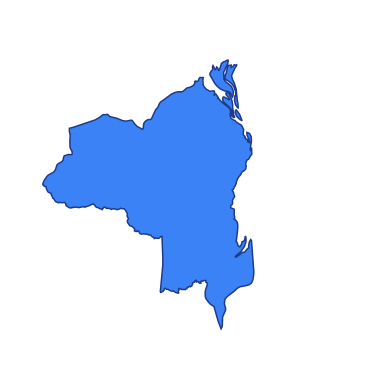 outline of Baribour, Kâmpóng Chhnang, Cambodia, rotated 52°
{"feature_id": "14789045B88819802206613", "entity_name": "Baribour", "entity_type": "district", "adm_level": 2, "iso_a3": "KHM", "parent_name": "Cambodia", "parent_adm1": "Kâmpóng Chhnang", "projection": "mercator", "projection_center": [104.462, 12.421], "detail": "fine", "context": "isolated", "style": "filled", "palette": "blue", "viewbox_px": 384, "rotation_deg": 52, "n_neighbors": 0, "source": "geoboundaries", "source_scale": "gbopen_adm2", "svg_char_len": 6070}
<svg xmlns="http://www.w3.org/2000/svg" viewBox="0 0 384 384"><g transform="rotate(52 192 192)"><path d="M265.6,175.0L266.6,177.5L267.2,178.2L269.4,180.7L270.7,181.4L271.0,181.8L270.8,182.7L271.7,187.5L271.6,188.1L270.8,189.0L270.7,189.6L270.6,197.1L270.2,197.7L269.5,197.5L269.2,196.2L269.1,190.3L267.3,184.5L265.0,180.8L263.3,179.1L261.4,177.7L260.1,177.2L260.0,177.9L260.9,178.5L262.3,180.3L262.6,181.2L262.1,183.2L263.9,185.6L264.6,188.2L262.6,188.7L259.2,187.5L258.1,187.5L251.1,180.5L247.1,176.9L244.7,175.4L243.0,174.9L241.4,174.9L239.0,175.4L239.2,174.8L237.7,173.5L236.2,173.0L232.2,169.7L231.4,169.4L228.8,170.9L228.2,171.2L227.7,170.9L226.5,169.4L226.6,167.9L226.0,167.1L223.3,165.0L221.8,161.1L218.7,160.1L217.6,159.4L215.9,159.4L215.1,159.1L215.3,157.7L212.6,152.0L211.0,150.3L209.5,147.7L209.0,146.3L208.2,142.6L207.0,140.7L207.3,137.5L207.0,135.7L206.6,135.0L204.6,133.1L203.2,132.6L201.8,131.1L200.6,128.9L201.0,127.4L200.8,126.5L199.8,124.3L199.0,121.6L194.2,118.1L194.0,118.5L194.6,119.3L196.0,120.2L194.9,120.3L193.7,119.4L188.4,113.7L184.6,111.2L181.6,110.7L180.2,111.1L178.8,112.1L180.8,113.5L186.0,115.0L188.6,116.1L187.9,116.6L186.7,117.1L184.9,116.1L182.9,116.8L181.6,116.9L181.6,116.3L180.5,116.1L178.5,116.3L176.8,115.1L175.4,113.5L174.3,112.8L170.9,112.0L169.7,112.0L164.3,114.0L162.3,114.1L160.8,115.0L158.2,115.8L157.3,115.7L155.1,114.7L154.1,114.0L152.4,112.1L151.4,111.4L148.1,111.0L140.2,113.1L135.1,113.5L133.9,113.9L134.0,113.3L133.3,113.1L129.4,112.9L129.3,114.7L127.4,112.8L126.2,112.4L125.5,112.8L123.7,115.8L120.5,117.2L118.9,117.6L116.0,117.6L115.0,117.5L110.5,114.6L108.8,112.7L106.7,115.2L107.0,116.7L108.2,118.5L108.2,119.7L106.6,121.1L106.6,121.8L107.5,122.1L108.4,123.6L108.9,125.7L108.3,128.7L106.9,132.0L107.1,137.2L106.7,138.5L104.6,141.0L103.1,144.0L102.2,148.0L101.9,159.1L101.7,161.2L102.3,163.4L104.3,166.9L104.8,170.1L109.3,178.8L109.4,179.5L109.2,180.2L107.9,182.1L107.5,184.3L107.8,186.7L108.8,188.4L111.8,191.3L112.1,192.4L106.5,194.9L103.2,195.2L99.0,195.1L98.0,195.6L95.6,200.3L93.1,202.7L87.4,206.0L82.8,209.7L81.7,210.3L79.0,210.7L78.5,211.1L77.8,212.7L76.6,214.0L76.3,214.7L76.3,218.6L75.6,223.9L67.7,246.3L66.3,249.4L68.7,251.3L72.4,253.1L76.4,256.7L81.4,260.4L82.7,260.9L86.6,261.7L88.5,263.3L88.5,263.8L87.7,264.9L86.5,266.0L84.8,270.4L86.1,272.5L87.5,273.9L87.8,274.9L87.9,276.2L87.3,280.0L87.6,281.9L89.9,285.2L90.8,287.1L91.1,289.0L90.2,295.1L90.4,296.7L91.8,301.2L93.4,304.1L94.4,305.0L95.2,305.0L96.9,304.7L97.8,303.7L99.7,304.7L102.9,305.5L104.9,304.8L106.2,303.8L107.7,304.7L109.3,304.8L110.9,305.5L111.5,305.1L115.5,305.4L118.4,303.8L118.8,303.1L118.9,302.3L120.3,301.3L121.8,298.8L123.9,298.7L124.5,299.4L125.7,299.5L129.2,298.2L130.3,296.7L130.4,295.6L130.9,295.5L132.2,293.0L134.7,290.7L136.0,287.9L137.5,285.7L138.0,285.7L139.5,281.4L140.3,277.3L141.3,277.2L141.8,276.8L142.8,276.7L144.0,277.0L145.6,276.5L146.6,275.5L148.2,275.1L149.4,274.0L150.6,273.6L149.7,270.8L150.6,269.7L152.1,269.6L152.5,269.3L154.1,267.1L156.0,266.4L156.1,265.3L156.4,264.8L157.3,264.0L158.0,263.0L159.7,262.1L160.9,259.1L160.8,258.5L161.0,258.0L161.6,257.8L162.3,257.2L163.5,255.7L164.6,255.6L169.1,256.2L171.4,258.2L173.2,258.2L173.7,258.4L174.7,260.5L175.7,261.3L176.8,261.6L180.2,261.8L182.4,260.3L185.5,259.9L186.7,260.7L187.1,261.3L188.8,260.4L189.0,260.0L188.7,259.7L188.6,259.1L189.6,258.9L190.3,257.9L191.6,258.6L193.0,258.5L194.1,257.8L194.9,256.2L197.0,254.1L198.0,253.1L199.4,252.5L199.7,251.7L200.7,251.0L202.0,251.1L204.7,250.2L205.5,250.4L205.7,250.1L205.6,249.1L207.0,248.1L208.1,246.5L207.9,243.9L208.5,243.0L225.9,255.5L231.4,259.8L251.0,278.3L251.8,278.5L252.5,276.4L252.0,274.4L251.1,272.9L251.4,272.4L252.9,272.0L254.0,270.8L256.0,270.1L257.8,268.9L258.7,267.5L261.0,266.8L263.3,265.1L263.4,264.7L261.8,263.9L261.3,262.6L260.1,262.2L260.1,261.3L262.3,260.3L263.5,258.9L263.8,258.2L264.7,257.6L264.6,256.6L265.1,255.6L264.5,255.0L264.3,254.3L264.7,253.8L264.9,252.0L265.7,251.6L265.9,250.0L265.0,248.3L264.1,247.7L264.2,246.6L264.6,245.5L264.0,245.0L263.9,244.4L264.4,244.0L263.9,243.3L264.9,243.1L265.7,243.8L266.2,242.7L267.1,242.0L268.0,242.4L268.6,242.1L269.3,241.0L268.1,240.2L267.9,239.5L268.9,238.5L269.1,236.9L270.3,235.7L271.7,236.6L273.0,236.1L274.3,236.8L277.5,241.6L279.4,243.6L282.9,246.1L284.9,246.7L289.7,246.8L291.8,246.6L295.8,245.2L309.8,250.9L317.7,253.3L316.8,251.4L315.9,250.3L309.3,244.8L305.8,238.3L303.7,236.7L301.9,236.2L299.9,235.2L297.1,232.4L296.6,231.2L296.0,228.6L296.2,219.9L295.8,215.5L296.2,212.6L299.5,206.1L300.3,203.8L300.3,201.2L298.8,198.2L295.2,194.4L293.1,192.5L266.9,175.0L265.6,175.0ZM109.2,104.1L109.8,105.1L110.9,105.8L120.6,107.2L123.6,107.1L126.6,106.6L128.9,105.9L132.6,104.0L134.8,101.7L136.7,100.9L138.0,100.8L142.0,101.5L141.3,100.4L138.9,98.1L137.5,97.2L135.2,96.4L132.3,96.0L126.2,97.5L124.7,97.6L122.6,97.3L117.1,93.3L116.7,92.8L116.4,91.5L115.1,89.4L112.8,84.8L110.5,82.3L109.8,82.9L109.5,85.4L108.8,87.2L108.8,89.6L112.7,95.2L112.4,96.2L111.0,95.6L109.9,95.4L108.7,95.6L110.1,98.0L109.3,98.5L107.0,97.8L105.3,97.6L106.0,98.8L108.0,100.1L108.4,100.9L108.5,102.6L109.0,103.2L109.2,104.1ZM124.5,88.9L120.9,82.1L119.8,78.9L119.2,78.5L118.9,79.5L117.8,80.3L117.7,80.7L118.4,82.8L118.0,84.5L116.1,83.0L115.6,84.1L114.8,84.9L114.7,85.5L115.3,87.0L119.6,92.1L120.9,94.6L122.0,95.7L123.9,96.2L126.8,95.1L131.3,94.0L135.4,94.3L139.8,95.9L142.1,97.5L143.1,98.7L142.7,99.0L143.1,99.6L146.1,102.2L150.0,103.9L153.4,104.2L154.1,103.8L151.1,101.7L146.9,99.4L138.0,93.8L131.8,91.5L128.0,90.7L125.5,89.6L124.5,88.9ZM145.0,104.5L140.9,102.9L137.6,102.3L136.1,102.7L134.8,104.1L135.1,104.6L136.9,105.2L140.5,105.0L142.0,105.5L142.1,106.0L137.5,107.8L136.3,108.9L137.1,110.2L138.8,111.3L140.3,111.7L148.0,110.4L151.5,110.3L154.7,111.5L156.2,112.7L154.4,112.4L155.8,113.6L157.2,113.7L158.8,113.4L159.3,112.6L158.6,112.1L157.0,111.8L155.2,110.5L150.3,107.9L148.6,106.5L145.0,104.5ZM159.5,110.2L163.7,109.7L166.1,108.9L166.2,108.5L160.0,106.7L154.7,106.5L154.4,107.4L154.9,108.1L156.6,109.2L159.5,110.2Z" fill="#3b82f6" stroke="#1e3a8a" stroke-width="1.5"/></g></svg>